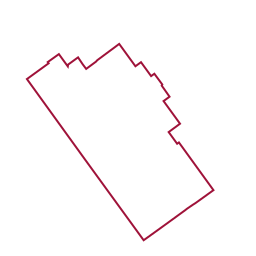 outline of Iron, Utah, United States of America, rotated 234°
{"feature_id": "52423323B18827245636092", "entity_name": "Iron", "entity_type": "district", "adm_level": 2, "iso_a3": "USA", "parent_name": "United States of America", "parent_adm1": "Utah", "projection": "natural_earth1", "projection_center": [-113.349, 37.812], "detail": "fine", "context": "isolated", "style": "outline", "palette": "rose", "viewbox_px": 256, "rotation_deg": 234, "n_neighbors": 0, "source": "geoboundaries", "source_scale": "gbopen_adm2", "svg_char_len": 624}
<svg xmlns="http://www.w3.org/2000/svg" viewBox="0 0 256 256"><g transform="rotate(234 128 128)"><path d="M28.0,74.7L28.0,74.8L27.9,98.2L27.9,117.0L27.9,121.5L27.9,126.1L28.0,128.3L27.8,135.2L27.7,136.7L27.6,138.2L27.6,138.3L27.5,155.7L27.5,160.6L86.4,160.7L86.4,158.5L100.8,158.5L100.9,172.6L103.3,172.6L128.9,172.6L128.9,180.0L142.5,180.2L143.0,181.3L156.4,181.2L156.4,177.2L173.6,177.2L173.6,170.3L201.2,170.3L200.9,142.9L200.5,141.1L200.4,128.9L206.2,128.8L214.5,129.1L214.5,116.8L213.2,115.5L228.4,115.5L228.5,101.8L227.0,101.8L227.0,75.0L128.5,74.7L28.0,74.7Z" fill="none" stroke="#9f1239" stroke-width="2"/></g></svg>